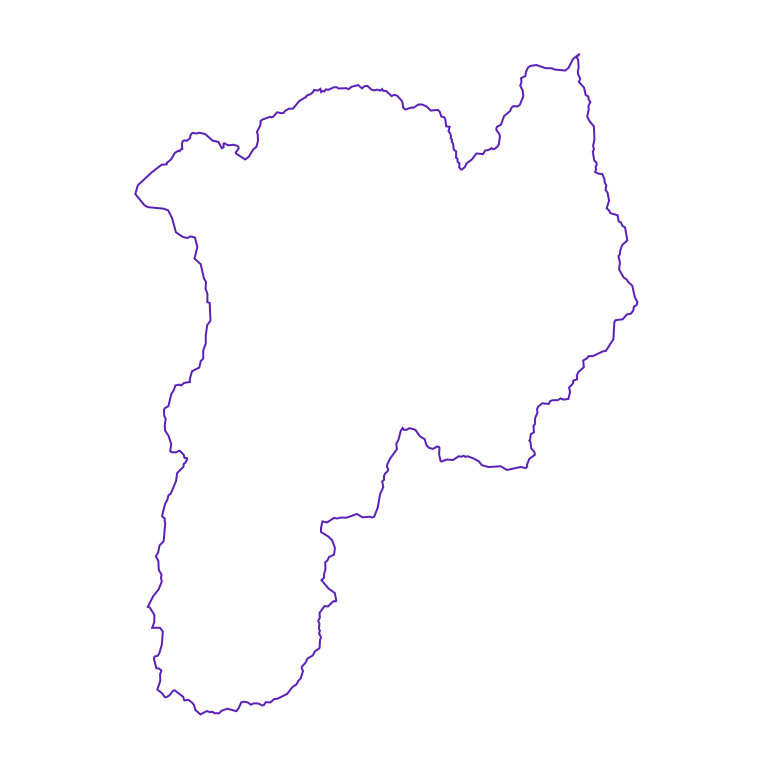 outline of San Ignacio, Cajamarca, Peru, rotated 181°
{"feature_id": "86281439B246740541536", "entity_name": "San Ignacio", "entity_type": "district", "adm_level": 2, "iso_a3": "PER", "parent_name": "Peru", "parent_adm1": "Cajamarca", "projection": "natural_earth1", "projection_center": [-78.994, -5.074], "detail": "fine", "context": "isolated", "style": "outline", "palette": "violet", "viewbox_px": 768, "rotation_deg": 181, "n_neighbors": 0, "source": "geoboundaries", "source_scale": "gbopen_adm2", "svg_char_len": 6117}
<svg xmlns="http://www.w3.org/2000/svg" viewBox="0 0 768 768"><g transform="rotate(181 384 384)"><path d="M561.8,50.4L555.4,53.9L552.3,52.9L549.6,53.2L547.9,51.9L543.0,51.9L541.0,54.3L535.0,56.6L525.9,54.3L523.4,57.8L521.2,63.2L518.1,63.9L514.6,63.2L511.5,61.0L508.8,62.4L504.2,62.4L500.1,60.5L498.6,60.8L496.7,63.8L492.2,63.6L488.2,67.1L485.2,67.4L475.5,72.4L470.1,79.5L466.3,82.1L464.2,86.1L462.2,88.1L459.9,95.7L461.2,97.7L461.3,99.8L457.7,103.8L455.8,108.1L450.3,111.5L448.3,115.7L444.2,118.4L443.8,119.6L443.5,126.9L442.6,129.6L444.6,133.5L443.8,136.3L444.8,138.1L444.4,143.2L445.7,146.0L444.1,149.1L444.4,154.1L439.6,160.9L436.1,160.6L431.7,165.1L430.3,166.1L428.4,165.8L427.9,166.7L429.6,174.2L435.7,178.3L443.1,186.8L440.6,189.3L440.6,193.0L439.3,197.9L439.7,204.7L437.6,206.5L435.9,210.1L431.0,212.5L430.2,219.1L433.0,226.6L436.8,230.4L444.4,234.9L444.5,238.9L443.1,245.5L438.5,244.6L431.7,249.2L428.4,248.7L424.9,249.7L419.1,249.7L409.0,253.5L402.9,250.3L396.0,251.1L393.9,250.3L391.5,251.1L388.1,260.4L386.0,273.7L382.9,280.9L384.1,286.5L382.2,288.3L382.5,291.4L381.6,294.2L378.8,297.0L378.3,298.7L379.6,301.7L379.3,303.6L376.7,309.4L370.0,319.0L370.7,324.4L368.5,328.7L366.5,337.3L364.6,340.3L363.2,338.5L360.6,338.6L357.7,340.3L351.9,338.8L347.0,332.2L342.4,329.6L340.3,323.2L337.8,320.9L333.8,320.0L330.3,322.2L328.4,322.4L327.4,321.0L327.7,314.8L326.1,308.0L325.1,307.5L319.9,309.6L313.7,309.2L308.0,313.1L305.5,312.6L303.0,313.7L301.4,312.6L299.2,313.2L293.3,311.2L287.9,308.4L284.8,304.6L278.1,302.8L265.9,303.8L259.6,300.2L246.1,303.4L240.7,302.4L239.4,304.0L239.6,305.9L237.5,311.6L231.9,315.9L232.5,318.8L235.6,322.1L236.6,328.6L237.7,330.0L236.9,331.0L236.4,336.3L233.3,338.2L233.8,344.7L232.5,346.3L232.3,352.5L230.1,358.1L230.5,361.8L229.4,364.1L225.4,367.5L218.9,366.9L217.6,369.8L215.2,370.7L209.8,370.9L207.2,372.7L204.2,371.5L199.4,372.3L197.8,379.4L198.9,383.6L194.9,388.0L194.9,390.6L191.0,392.1L191.4,395.7L189.9,399.3L184.5,404.2L185.2,411.0L181.5,413.2L180.1,415.3L175.8,415.5L165.8,420.4L162.7,421.0L155.4,432.9L154.8,449.6L153.7,451.8L146.4,452.9L142.4,457.8L138.1,458.8L135.9,462.3L135.5,465.6L133.0,467.2L132.0,470.2L134.7,475.1L137.5,486.7L141.2,489.8L143.1,492.6L146.3,494.8L151.0,502.7L150.2,509.5L151.8,515.9L150.3,518.1L150.3,521.0L148.3,527.1L143.2,531.8L145.5,543.7L145.9,544.9L148.5,546.4L149.9,549.7L152.2,550.7L153.4,556.8L160.7,558.8L162.1,561.6L164.4,563.5L162.2,571.2L163.8,579.2L165.9,582.0L165.2,586.7L166.8,589.2L167.2,592.8L169.5,597.8L173.5,598.1L176.6,599.6L175.8,602.1L176.2,604.7L175.1,607.0L175.6,609.2L177.7,611.2L179.3,619.8L178.1,622.4L179.1,625.6L177.9,632.1L178.6,645.2L182.8,650.0L185.5,654.8L184.1,662.0L184.4,665.7L182.6,669.6L184.5,672.3L184.7,675.1L187.4,676.5L189.2,683.9L194.5,689.4L193.1,692.5L195.4,697.2L195.7,700.5L194.9,703.5L195.6,711.8L197.2,714.0L194.0,717.6L200.6,712.4L205.0,703.3L208.3,700.6L218.1,701.3L221.9,702.6L228.0,702.6L237.3,705.6L243.1,704.6L245.4,703.1L247.6,698.4L248.0,694.4L252.3,692.1L251.8,688.3L253.0,684.7L250.5,679.9L249.7,674.2L253.0,665.6L255.4,663.8L259.5,664.1L261.2,662.6L262.8,659.0L268.6,654.0L271.6,645.3L275.5,643.1L276.1,641.6L276.1,639.9L273.1,636.0L272.4,633.5L273.4,625.7L274.7,623.3L277.8,620.9L279.3,620.6L280.6,621.8L283.3,619.9L286.9,619.2L289.0,615.6L295.6,616.1L300.1,610.0L305.4,605.9L306.9,602.3L309.8,599.9L310.7,599.8L312.7,602.2L312.4,605.9L314.3,607.4L314.5,610.6L315.9,611.4L315.9,617.8L318.3,619.6L319.1,625.4L320.6,627.9L320.2,629.4L321.7,631.0L321.3,633.0L322.2,635.6L323.9,637.8L322.9,642.3L326.3,642.7L327.4,650.3L329.0,652.0L331.2,652.2L333.1,657.3L334.9,659.0L342.1,658.2L345.9,662.0L350.6,664.1L354.3,664.1L359.7,660.6L361.1,661.0L367.3,658.8L369.5,660.4L370.7,666.9L375.8,672.4L378.8,673.3L381.5,672.0L386.7,676.9L389.9,677.1L391.0,678.9L392.9,677.3L395.9,678.2L399.1,677.4L401.7,678.1L405.7,681.7L408.8,681.4L411.2,679.2L415.0,682.4L421.7,680.6L424.5,678.1L426.5,679.1L434.4,678.7L436.6,679.9L439.7,679.7L444.8,677.1L447.1,677.6L448.8,675.5L450.4,675.9L451.9,674.8L452.8,677.9L455.3,676.2L459.1,676.8L460.0,674.7L462.4,672.6L466.1,671.1L466.9,669.7L473.7,665.4L479.9,657.7L483.8,657.6L487.8,655.3L489.1,653.3L490.8,652.9L495.6,653.8L499.3,649.4L501.1,648.6L502.4,649.2L510.1,646.3L511.9,644.8L512.1,640.7L515.5,633.6L514.6,631.4L514.2,625.3L515.7,618.9L518.9,616.2L523.2,608.7L526.7,606.1L536.1,611.9L536.4,612.8L533.4,616.9L533.7,618.5L535.1,619.7L539.0,620.6L543.7,619.9L548.1,621.9L548.7,621.1L548.5,618.0L550.3,616.9L553.8,623.2L559.6,624.3L567.2,630.8L573.1,632.0L575.6,631.2L580.0,631.7L581.8,629.4L582.3,626.4L585.4,623.7L587.9,624.2L589.6,623.1L590.2,620.6L589.8,615.6L590.7,615.7L592.4,613.1L593.9,613.5L597.1,611.5L600.8,604.8L604.8,601.5L605.2,599.8L610.3,599.3L620.3,591.2L633.6,578.4L636.0,569.6L626.6,558.5L623.3,556.7L607.6,555.5L602.9,553.9L598.8,546.2L594.7,532.1L588.2,527.8L584.5,526.7L582.6,526.7L580.2,528.3L575.6,527.1L573.0,517.8L575.7,506.0L569.4,500.7L565.8,486.2L563.7,482.8L564.1,476.0L562.1,471.1L562.1,462.8L559.7,462.0L558.6,444.3L561.8,439.8L563.1,429.1L562.9,421.5L565.3,414.5L565.2,406.1L567.6,403.8L569.0,397.2L576.2,393.4L578.3,385.3L578.0,382.6L583.9,381.6L586.7,379.0L589.0,379.8L592.6,378.9L594.1,374.2L596.6,369.9L599.2,358.1L602.8,355.9L603.6,354.3L603.2,348.6L601.7,345.2L602.5,338.9L602.0,333.5L598.5,328.4L595.7,320.2L596.6,313.1L595.3,312.1L591.1,312.0L587.2,313.8L583.1,309.9L582.2,306.7L579.7,306.4L579.4,305.6L581.2,301.8L582.8,300.7L583.1,297.7L589.3,291.3L590.2,283.5L595.3,270.6L597.5,269.0L598.7,264.3L600.7,260.4L603.5,248.9L603.3,247.4L600.9,245.8L601.0,243.0L600.3,241.4L601.5,223.9L602.0,222.4L605.6,218.7L606.9,211.6L609.1,207.8L606.6,203.3L605.9,194.0L603.1,189.5L603.6,186.5L602.7,182.6L605.8,174.7L611.1,167.7L616.3,157.1L614.3,156.4L609.6,149.2L609.5,142.0L611.5,136.2L603.7,136.3L600.8,132.6L601.6,119.5L604.0,110.7L605.6,108.3L608.6,107.5L609.3,105.6L606.7,96.0L603.7,95.4L601.6,93.6L602.8,89.8L602.5,83.3L605.3,74.5L600.6,71.0L597.8,67.3L596.5,66.9L593.2,68.8L589.6,73.6L588.0,74.1L579.4,67.8L578.1,64.1L574.1,64.8L570.6,62.3L568.6,60.1L566.8,54.7L561.8,50.4Z" fill="none" stroke="#5b21b6" stroke-width="2"/></g></svg>